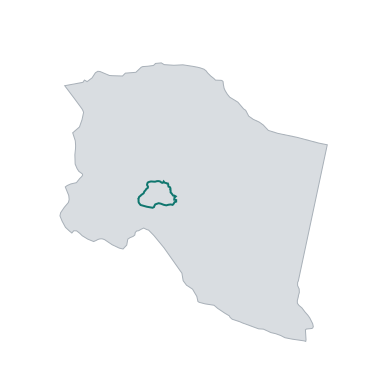 where Kiryandongo sits in Uganda, rotated 282°
{"feature_id": "UGA-5609", "entity_name": "Kiryandongo", "entity_type": "District", "adm_level": 1, "iso_a3": "UGA", "parent_name": "Uganda", "parent_adm1": "", "projection": "robinson", "projection_center": [32.118, 2.003], "detail": "fine", "context": "in_parent", "style": "outline", "palette": "teal", "viewbox_px": 384, "rotation_deg": 282, "n_neighbors": 0, "source": "natural_earth", "source_scale": "10m", "svg_char_len": 3350}
<svg xmlns="http://www.w3.org/2000/svg" viewBox="0 0 384 384"><g transform="rotate(282 192 192)"><path d="M266.3,314.5L261.3,314.5L253.3,314.5L245.2,314.5L237.1,314.5L229.0,314.5L220.9,314.5L212.8,314.5L204.7,314.5L196.6,314.5L188.6,314.5L180.5,314.5L172.4,314.5L164.3,314.5L156.2,314.5L148.1,314.5L140.0,314.5L132.0,314.5L127.2,314.5L126.2,314.3L125.6,314.1L122.5,314.7L119.4,317.0L116.0,317.9L112.4,317.6L111.9,317.8L110.1,317.7L107.5,317.6L105.1,318.2L103.3,320.2L101.5,323.6L98.2,327.4L95.6,330.9L93.4,333.3L88.3,337.4L85.6,338.6L84.2,338.4L83.4,337.6L81.8,332.5L80.8,331.6L71.0,334.3L69.5,334.3L69.7,332.7L68.9,320.6L68.8,313.2L70.1,308.5L70.8,303.2L70.9,298.4L72.7,290.4L72.0,285.6L74.4,268.7L75.0,265.9L75.9,257.8L77.3,255.3L78.6,254.3L80.3,249.3L83.5,241.3L85.8,237.1L85.3,228.1L85.6,222.0L86.1,220.6L90.9,218.4L97.1,212.7L99.7,206.0L103.4,201.8L110.5,199.0L131.6,176.2L141.5,163.8L145.7,157.5L145.9,155.3L146.7,152.3L145.0,150.0L143.0,147.8L142.3,145.9L140.5,144.9L138.0,145.0L136.3,143.6L134.4,140.8L132.5,139.0L126.5,139.2L121.9,136.4L122.0,132.5L123.8,124.9L127.3,116.2L127.5,113.8L127.0,111.7L126.1,110.0L124.6,108.2L123.1,106.1L124.2,99.9L126.4,93.7L128.3,90.7L130.0,87.2L129.5,84.4L126.9,83.0L128.3,80.3L131.1,75.6L136.5,71.0L141.2,67.8L144.4,67.8L150.5,70.3L156.1,73.3L159.1,73.4L162.9,72.2L170.6,67.0L172.4,68.6L174.7,71.8L177.1,77.0L181.9,79.4L184.3,81.0L185.9,81.5L186.8,81.1L188.7,77.0L190.9,74.8L195.0,71.9L204.0,69.7L210.5,69.0L213.2,68.5L217.8,67.2L225.1,63.0L232.2,68.4L239.9,69.4L247.4,69.4L249.7,67.8L251.0,66.5L258.9,57.6L269.5,45.4L276.6,62.5L279.1,63.5L278.7,65.0L278.1,66.4L282.8,70.5L288.5,72.7L290.5,74.8L290.7,77.1L288.8,87.0L289.2,89.9L291.0,99.9L294.4,102.1L297.4,112.2L303.5,116.4L304.4,117.7L305.8,122.5L307.7,127.9L309.2,129.1L310.1,129.4L311.9,135.1L310.8,138.3L312.2,148.0L314.5,156.6L315.1,166.9L315.2,171.5L315.1,174.3L314.6,178.2L313.5,180.5L311.6,182.7L309.4,186.1L307.5,189.9L306.3,191.7L307.3,197.3L307.0,198.7L306.5,199.4L303.8,200.3L300.2,201.8L298.1,203.3L295.1,206.1L292.6,209.2L289.4,218.2L284.0,225.2L283.1,227.5L278.0,231.7L275.8,236.8L274.4,243.1L272.4,247.7L268.1,253.9L267.2,263.7L267.3,283.3L266.2,305.7L266.3,314.5Z" fill="#d9dde1" stroke="#a8b0b8" stroke-width="1"/><path d="M195.5,156.1L195.7,157.2L195.7,158.2L195.6,158.8L194.9,160.2L194.8,160.9L194.9,161.5L195.3,161.7L195.8,161.9L196.4,162.1L195.7,162.9L195.5,163.2L195.4,163.7L195.4,164.8L195.3,165.2L195.1,165.6L195.3,166.6L194.4,167.2L193.2,167.5L192.4,167.9L192.3,168.4L192.2,169.1L192.0,169.6L191.5,169.9L191.0,170.0L190.7,170.3L190.3,170.4L189.8,170.2L189.2,170.7L187.1,171.2L186.7,171.8L186.4,172.3L185.0,173.8L184.5,174.5L184.8,175.4L184.3,177.0L182.8,176.0L180.8,176.2L180.8,178.2L179.3,178.5L178.4,177.0L176.7,176.5L175.4,175.7L175.4,173.8L174.7,171.8L173.6,169.6L173.6,167.1L174.1,163.9L174.1,161.7L173.2,160.2L172.3,158.7L171.0,158.2L169.3,157.9L168.4,156.7L168.2,150.8L168.6,144.4L170.1,142.6L170.8,142.0L171.6,141.7L173.5,141.3L174.2,140.9L174.7,141.2L175.1,141.2L175.6,141.2L176.1,141.3L176.6,141.6L177.7,142.5L178.6,143.0L180.5,144.8L180.9,145.0L182.3,145.2L182.8,145.4L183.9,146.1L185.3,146.6L186.9,147.9L187.9,147.9L188.4,147.6L189.2,146.8L189.5,146.6L189.9,146.5L191.5,146.6L192.3,147.0L193.0,148.0L193.8,149.7L194.3,153.3L194.6,154.2L195.1,155.0L195.5,156.1Z" fill="none" stroke="#0f766e" stroke-width="2"/></g></svg>